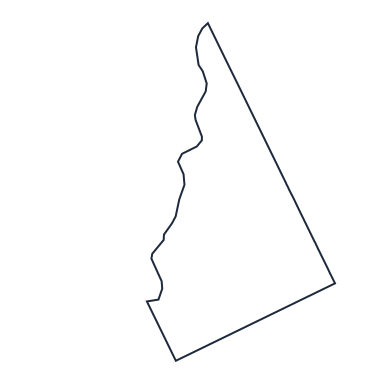 outline of Gregory, South Dakota, United States of America, rotated 244°
{"feature_id": "52423323B73461456201611", "entity_name": "Gregory", "entity_type": "district", "adm_level": 2, "iso_a3": "USA", "parent_name": "United States of America", "parent_adm1": "South Dakota", "projection": "natural_earth1", "projection_center": [-99.031, 43.249], "detail": "fine", "context": "isolated", "style": "outline", "palette": "slate", "viewbox_px": 384, "rotation_deg": 244, "n_neighbors": 0, "source": "geoboundaries", "source_scale": "gbopen_adm2", "svg_char_len": 946}
<svg xmlns="http://www.w3.org/2000/svg" viewBox="0 0 384 384"><g transform="rotate(244 192 192)"><path d="M47.4,103.5L47.2,280.5L58.3,280.4L59.3,280.4L63.8,280.5L64.7,280.5L85.9,280.4L91.9,280.5L92.8,280.5L93.4,280.4L99.4,280.4L116.0,280.4L123.1,280.4L125.4,280.4L131.0,280.4L142.0,280.5L151.4,280.3L154.3,280.4L157.7,280.3L158.5,280.4L173.7,280.4L174.2,280.4L190.3,280.4L196.5,280.4L207.2,280.4L219.2,280.4L223.6,280.4L224.5,280.4L245.8,280.4L252.1,280.4L262.5,280.4L268.6,280.4L290.1,280.3L290.6,280.3L317.1,280.3L318.2,280.3L336.8,280.3L334.5,273.0L329.4,265.9L320.3,259.0L303.2,253.6L295.8,254.6L283.1,252.8L276.4,248.4L266.3,234.1L259.9,228.3L255.1,226.8L237.5,225.2L234.1,223.5L230.8,216.3L230.7,199.8L225.4,192.7L211.7,192.2L201.8,188.4L190.9,177.3L177.2,166.6L172.5,160.1L166.1,148.2L161.3,145.5L153.9,129.2L149.9,126.3L125.1,125.6L118.2,122.9L110.0,114.7L113.4,103.5L47.4,103.5Z" fill="none" stroke="#1e293b" stroke-width="2"/></g></svg>